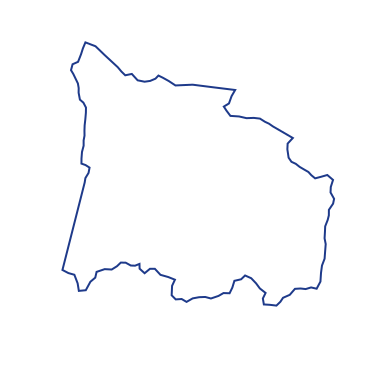 Ibicaraí, Bahia, Brazil, rotated 13°
{"feature_id": "56859067B48342412707100", "entity_name": "Ibicaraí", "entity_type": "district", "adm_level": 2, "iso_a3": "BRA", "parent_name": "Brazil", "parent_adm1": "Bahia", "projection": "mercator", "projection_center": [-39.566, -14.85], "detail": "fine", "context": "isolated", "style": "outline", "palette": "blue", "viewbox_px": 384, "rotation_deg": 13, "n_neighbors": 0, "source": "geoboundaries", "source_scale": "gbopen_adm2", "svg_char_len": 1832}
<svg xmlns="http://www.w3.org/2000/svg" viewBox="0 0 384 384"><g transform="rotate(13 192 192)"><path d="M54.5,70.2L53.4,76.6L52.9,82.7L51.7,90.8L46.9,94.4L46.7,100.5L49.8,103.7L56.4,111.9L58.2,116.2L59.2,120.8L62.0,127.2L66.1,129.4L69.7,133.6L70.8,138.8L71.7,145.1L72.4,151.2L73.4,156.4L74.6,161.3L74.8,166.1L76.0,171.3L75.8,177.7L76.8,184.3L77.9,189.2L82.2,189.7L86.7,191.3L86.9,196.7L85.0,202.4L85.3,206.9L83.3,297.1L89.8,298.8L96.0,299.1L101.1,306.7L104.0,313.8L110.6,311.6L113.2,302.3L117.0,297.2L117.0,291.3L124.3,286.8L131.2,285.6L135.6,281.2L138.5,276.8L143.3,275.8L148.9,277.4L153.1,276.6L157.0,273.9L158.2,278.5L164.1,281.8L168.3,276.3L173.1,275.2L179.9,279.8L188.0,280.2L195.1,281.3L193.7,287.9L195.4,297.2L200.3,300.3L206.0,298.6L211.4,300.3L216.6,295.5L222.6,292.9L228.5,291.3L234.4,291.5L241.2,287.3L245.4,283.4L251.4,282.2L252.8,276.1L253.3,269.0L259.5,266.0L262.5,261.4L269.1,262.7L275.0,266.6L279.8,270.7L286.4,273.8L285.0,279.8L287.3,285.4L293.3,284.4L299.8,283.7L302.8,279.1L304.5,274.6L310.4,270.2L314.1,263.2L319.5,261.6L324.6,261.0L329.5,258.2L335.2,258.2L337.3,250.4L335.9,241.8L335.2,234.4L336.2,227.2L335.2,220.7L334.0,212.7L331.6,207.3L330.5,200.9L329.5,195.5L330.5,188.7L330.6,184.0L329.4,178.6L332.1,171.6L332.0,166.7L327.1,161.3L326.1,155.9L326.7,148.5L320.0,145.0L314.6,148.0L308.9,151.0L304.5,148.8L300.9,146.3L296.6,145.0L291.2,143.3L286.8,141.2L282.1,140.2L278.4,136.8L275.3,128.9L274.3,123.3L278.1,116.7L256.1,109.9L251.6,108.1L247.4,107.2L241.7,105.2L235.5,105.9L228.5,107.8L220.9,107.8L212.3,109.2L207.2,104.9L203.8,101.6L208.1,97.4L209.0,89.7L211.1,82.9L190.1,85.1L168.5,87.3L151.9,91.9L144.4,89.1L137.8,87.2L133.1,86.1L130.9,89.8L126.2,93.2L121.0,95.2L113.9,95.4L106.8,90.5L100.7,93.3L96.1,90.5L91.6,87.1L76.2,78.3L65.2,71.7L54.5,70.2Z" fill="none" stroke="#1e3a8a" stroke-width="2"/></g></svg>